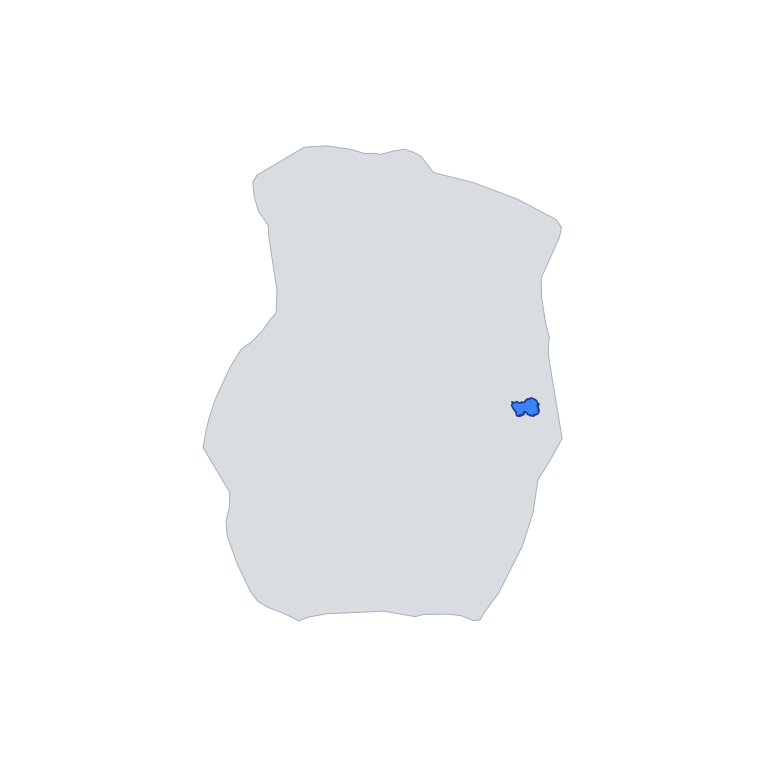 Tayateyaneng, Berea, Lesotho (highlighted), rotated 139°
{"feature_id": "5366337B60059477935755", "entity_name": "Tayateyaneng", "entity_type": "district", "adm_level": 2, "iso_a3": "LSO", "parent_name": "Lesotho", "parent_adm1": "Berea", "projection": "mercator", "projection_center": [27.766, -29.144], "detail": "fine", "context": "in_parent", "style": "filled", "palette": "blue", "viewbox_px": 768, "rotation_deg": 139, "n_neighbors": 0, "source": "geoboundaries", "source_scale": "gbopen_adm2", "svg_char_len": 5525}
<svg xmlns="http://www.w3.org/2000/svg" viewBox="0 0 768 768"><g transform="rotate(139 384 384)"><path d="M488.9,497.7L470.6,503.4L468.0,503.9L456.3,502.6L440.6,504.0L428.3,507.2L418.7,508.4L403.2,525.1L374.8,570.1L367.3,579.6L365.2,597.3L358.6,611.4L350.6,622.4L342.7,625.0L319.1,620.6L288.8,615.0L271.2,601.4L255.6,583.5L247.3,570.5L238.7,563.3L235.7,559.3L223.4,553.3L218.7,550.2L214.7,548.0L209.7,539.4L206.8,531.9L207.9,511.0L199.2,498.5L184.4,477.3L175.0,459.9L162.2,436.2L154.3,415.9L146.2,394.9L147.2,385.9L155.0,379.8L177.8,369.2L195.5,361.1L208.2,346.1L222.1,323.9L228.8,310.5L235.5,304.4L242.9,295.0L255.7,274.1L270.0,251.0L285.2,226.1L304.5,218.9L330.8,210.6L356.2,188.9L386.3,170.7L435.0,150.9L457.6,145.9L466.3,143.0L471.7,146.7L477.5,158.1L485.8,167.5L505.0,184.0L513.1,188.0L533.0,212.5L554.2,229.3L578.6,248.6L595.2,258.3L603.7,260.9L610.7,278.1L617.8,290.9L621.8,302.8L621.0,314.5L613.3,343.0L602.1,372.2L593.0,384.4L582.0,392.0L571.3,403.6L567.2,427.1L562.3,454.7L548.3,466.1L537.3,473.6L522.2,482.7L488.9,497.7Z" fill="#d9dde1" stroke="#a8b0b8" stroke-width="1"/><path d="M303.6,275.1L303.7,274.9L303.9,274.7L303.9,274.2L304.0,274.1L304.3,274.0L304.5,273.8L304.4,273.4L304.5,273.2L304.4,272.4L304.4,272.2L304.2,272.1L303.9,272.1L303.6,272.0L303.6,271.6L303.4,271.3L303.3,271.2L303.2,271.2L303.1,270.9L302.9,271.0L302.5,270.7L302.4,270.6L302.4,270.8L302.4,271.0L302.3,270.9L302.1,270.8L302.0,271.0L301.9,271.3L301.6,271.2L301.2,271.4L301.1,271.2L301.3,271.0L301.3,270.9L301.2,270.8L300.9,270.7L301.0,270.5L301.0,270.4L300.8,270.4L300.6,270.4L300.4,270.2L300.5,269.9L300.0,269.8L300.0,269.6L299.8,269.5L299.2,269.9L299.2,269.6L298.9,269.7L298.7,269.5L298.5,269.4L298.4,269.3L298.3,269.5L298.0,269.6L298.0,269.8L297.9,269.8L297.9,270.1L297.7,270.1L297.2,270.2L297.2,270.3L297.4,270.5L297.2,270.7L296.8,270.6L296.7,270.7L296.8,271.1L296.7,271.2L296.3,271.1L296.2,271.1L295.9,270.6L295.9,270.2L296.0,270.2L296.1,270.3L296.2,270.2L295.9,270.0L295.8,269.9L295.6,269.7L295.4,269.3L295.2,269.0L295.1,268.7L295.4,268.8L295.6,268.5L295.5,268.4L295.4,268.3L295.4,268.0L295.5,267.8L295.5,267.6L295.7,267.3L295.6,267.2L295.4,267.0L295.3,266.7L295.4,266.4L295.2,266.3L295.1,266.1L294.9,265.8L294.8,265.6L294.6,265.3L294.7,265.1L294.4,265.0L294.4,264.8L294.3,264.6L294.2,264.5L294.3,264.3L294.4,264.2L294.1,264.1L293.8,263.8L293.8,263.7L293.7,263.7L293.3,263.3L293.1,263.3L293.1,262.9L293.2,262.5L293.0,262.2L292.5,261.9L292.4,261.8L292.2,261.6L291.8,261.6L291.9,261.8L291.7,261.7L291.7,261.8L291.4,262.0L291.1,262.2L290.9,261.9L290.7,262.0L290.7,261.9L290.6,261.7L290.4,261.5L290.2,261.8L290.1,261.7L290.1,261.4L289.9,261.3L289.7,261.2L289.1,260.9L288.8,261.1L288.7,261.0L288.6,260.7L288.6,260.9L288.4,260.9L288.1,260.7L288.0,260.8L287.7,260.6L287.3,260.8L287.1,260.8L286.3,260.9L285.9,260.8L285.7,260.9L285.7,261.0L285.8,261.1L285.6,261.5L285.3,261.5L285.1,262.1L284.8,261.9L284.6,262.0L284.8,262.6L284.8,263.2L284.7,263.3L284.3,262.7L284.1,262.8L283.9,263.2L283.6,263.3L283.5,263.5L283.5,264.2L283.4,265.0L283.2,264.9L283.0,265.1L282.8,265.4L282.8,265.7L282.8,265.8L283.2,265.8L283.3,265.8L283.0,266.3L282.7,266.4L282.7,266.7L282.7,266.8L282.4,266.7L282.2,266.3L282.1,266.7L282.1,266.8L281.7,266.8L281.5,267.0L281.6,267.3L281.4,267.2L281.2,267.1L281.2,266.8L281.1,266.7L280.9,266.7L280.5,267.0L280.2,267.1L280.3,267.2L280.2,267.4L280.2,267.5L280.6,267.9L280.6,268.1L280.5,268.4L280.6,268.5L280.5,268.9L280.6,269.3L280.5,269.5L280.1,269.8L279.9,270.7L280.0,271.0L279.9,271.2L279.9,271.4L280.1,271.9L280.1,272.0L279.9,272.3L280.1,272.6L280.1,272.8L280.1,273.1L280.3,273.2L280.2,273.3L280.2,273.5L280.4,273.8L280.5,273.9L280.8,274.7L280.9,274.9L281.0,275.2L281.0,275.4L281.2,275.6L281.3,275.9L281.6,276.2L281.7,276.5L281.9,276.7L282.3,277.0L282.3,276.8L282.8,277.0L283.1,277.1L283.4,277.2L283.7,277.1L284.0,277.0L284.2,277.4L284.1,277.6L284.2,277.8L284.4,277.9L284.5,277.7L284.8,278.1L285.0,278.2L285.1,278.4L285.1,278.5L285.5,278.7L285.8,278.7L286.0,278.5L286.3,278.5L286.4,278.2L286.5,278.2L286.8,278.4L286.9,278.6L287.2,278.7L287.3,278.9L287.8,278.7L288.1,278.8L288.3,278.6L288.6,278.4L288.6,278.2L288.8,278.1L288.9,278.3L289.1,278.2L289.3,278.3L289.4,278.2L289.5,278.3L289.6,278.2L289.7,278.3L289.8,278.2L289.9,278.4L291.0,278.8L291.1,278.7L291.2,278.8L291.3,278.8L291.5,278.9L291.9,279.1L292.0,279.2L291.6,279.5L291.8,279.8L291.8,280.0L292.2,280.1L292.4,280.3L292.9,280.2L293.0,280.2L293.2,280.4L293.6,280.5L293.8,280.6L294.2,280.7L294.3,280.8L294.3,281.1L294.5,281.3L294.6,281.7L294.9,282.0L294.9,282.3L294.9,282.5L295.0,282.5L295.1,282.8L295.2,283.1L295.3,283.4L295.3,283.7L295.4,283.8L295.5,283.8L295.5,283.7L295.7,283.9L296.3,284.0L296.5,284.0L296.7,283.7L296.8,283.7L297.1,283.9L297.5,284.2L297.8,284.1L298.0,284.3L298.1,284.5L298.3,284.7L298.5,284.7L298.6,285.0L298.5,285.4L298.6,285.6L298.6,285.8L298.8,286.0L298.9,286.5L299.1,286.6L299.3,286.2L299.1,285.9L299.4,285.4L299.7,285.1L299.9,284.9L300.0,284.8L300.4,284.8L300.5,284.9L300.8,284.8L301.3,284.3L301.5,284.3L301.8,284.2L301.8,283.9L301.8,283.7L301.9,283.4L302.0,283.1L302.1,282.7L302.3,282.3L302.3,281.9L302.3,281.7L302.4,281.4L302.5,281.2L302.7,280.7L302.7,280.4L302.7,280.2L302.8,280.0L302.8,279.8L302.7,279.7L302.8,279.4L302.7,279.2L302.8,278.8L302.7,278.7L302.8,278.6L302.8,278.1L302.8,277.7L302.9,277.4L302.9,277.1L303.0,277.0L303.1,276.9L303.1,276.7L302.9,276.5L303.0,276.4L303.0,276.2L302.9,276.0L302.9,275.8L303.0,275.7L303.0,275.8L303.2,275.7L303.3,275.4L303.6,275.1L303.6,275.1Z" fill="#3b82f6" stroke="#1e3a8a" stroke-width="1.5"/></g></svg>